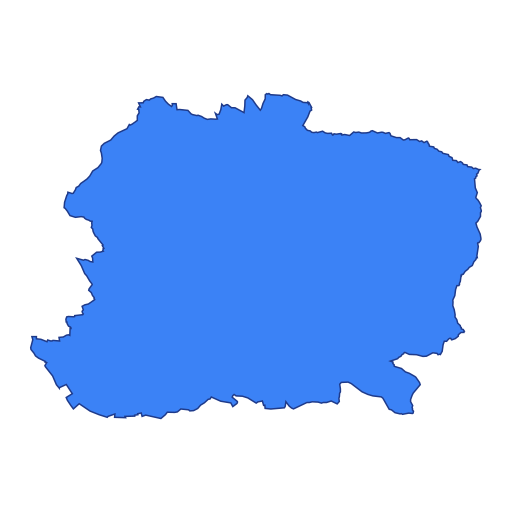 outline of Ciucsangeorgiu, Harghita, Romania
{"feature_id": "2599482B775489854413", "entity_name": "Ciucsangeorgiu", "entity_type": "district", "adm_level": 2, "iso_a3": "ROU", "parent_name": "Romania", "parent_adm1": "Harghita", "projection": "mercator", "projection_center": [26.04, 46.348], "detail": "fine", "context": "isolated", "style": "filled", "palette": "blue", "viewbox_px": 512, "rotation_deg": 0, "n_neighbors": 0, "source": "geoboundaries", "source_scale": "gbopen_adm2", "svg_char_len": 5992}
<svg xmlns="http://www.w3.org/2000/svg" viewBox="0 0 512 512"><path d="M79.2,403.7L90.1,411.1L99.1,414.7L107.3,417.3L108.0,416.4L114.9,414.0L114.6,417.3L125.6,417.7L125.0,416.4L134.7,416.1L134.6,415.2L137.9,414.7L137.7,413.7L141.2,413.0L142.1,416.4L145.7,415.1L160.9,418.5L165.4,414.7L167.3,412.2L174.7,412.4L177.4,411.9L180.8,409.0L188.6,409.8L189.8,410.9L193.6,410.6L197.7,408.5L200.6,405.1L204.4,402.8L208.2,399.3L210.0,399.0L211.3,397.0L220.7,401.2L230.8,402.9L232.8,406.6L236.8,403.6L237.4,402.7L237.4,401.5L232.2,397.2L232.8,395.6L234.1,394.5L236.1,395.9L242.4,396.2L247.8,397.9L256.2,403.1L257.9,401.9L262.4,401.0L263.6,405.4L264.8,405.2L265.1,408.4L270.8,409.0L284.4,407.8L285.2,406.4L285.9,401.7L289.1,406.0L291.5,408.0L293.5,408.9L306.9,402.5L309.4,402.5L312.2,401.8L318.2,402.1L321.4,403.1L323.3,402.5L326.5,402.5L331.2,401.0L337.2,403.9L339.3,401.5L338.9,398.4L339.4,396.5L339.6,393.3L340.4,391.9L340.4,388.9L339.7,384.2L341.3,382.4L348.1,382.1L351.3,383.6L362.0,391.8L367.8,394.4L372.9,395.9L381.3,396.9L382.9,398.2L389.2,409.3L391.4,409.8L395.0,412.7L400.1,413.9L401.2,413.6L402.5,414.3L408.8,413.1L412.5,413.5L413.1,413.1L413.5,411.2L412.4,409.9L412.6,409.0L412.1,407.4L412.7,405.6L410.6,401.7L410.6,399.5L412.1,395.3L413.2,393.1L420.2,384.7L419.5,382.5L415.8,377.2L414.9,376.5L409.3,373.3L405.4,371.9L401.5,368.5L394.8,366.5L394.1,366.0L394.2,364.9L392.9,363.5L393.0,362.1L390.4,361.1L397.6,358.7L398.8,357.3L400.9,356.3L402.1,354.5L403.6,353.8L404.2,352.6L404.9,352.4L409.3,354.4L416.6,354.7L422.9,356.4L426.4,356.2L432.8,352.8L437.1,353.4L438.0,354.7L439.9,354.2L440.4,354.5L442.2,351.3L443.1,344.7L444.3,341.2L446.6,341.3L448.7,338.9L449.8,338.3L450.8,338.4L451.5,339.8L451.9,339.8L455.3,338.6L458.3,336.2L458.3,334.8L460.9,332.5L463.9,332.4L463.8,331.8L464.4,331.3L463.2,329.5L461.3,328.9L461.3,327.6L460.6,327.0L460.2,325.5L457.7,323.2L456.8,319.7L455.0,317.0L455.1,314.6L454.2,309.6L452.8,305.7L453.0,302.1L452.8,300.0L454.8,295.7L455.6,289.5L456.9,285.6L458.8,285.6L459.5,284.6L459.4,283.4L460.3,281.4L461.0,276.1L461.2,276.4L462.0,274.4L463.3,274.2L465.1,271.4L467.8,269.3L469.2,267.4L472.3,265.5L473.9,261.7L475.9,259.5L476.4,257.7L477.3,257.7L476.9,255.8L478.3,246.4L477.6,243.3L478.0,242.7L478.9,242.7L480.3,240.9L480.9,239.6L480.9,238.2L480.2,234.1L477.0,227.0L475.9,223.1L477.7,221.4L480.5,216.4L480.5,212.6L481.2,211.7L481.3,210.6L480.4,207.6L481.2,205.8L479.5,202.5L477.8,199.9L476.4,198.6L475.8,197.4L477.3,192.6L475.3,187.9L474.5,178.8L475.7,178.1L475.9,176.5L477.0,175.9L476.6,174.1L477.9,173.2L479.0,170.3L479.8,169.6L478.5,169.5L475.7,168.2L473.3,168.6L471.7,167.1L467.6,166.6L467.0,164.9L463.3,164.4L462.4,162.9L460.6,161.6L457.9,162.5L456.4,160.6L452.8,160.3L452.0,157.6L449.1,156.4L448.4,154.6L442.8,153.3L441.7,151.8L438.9,151.2L437.0,149.2L434.4,148.4L433.7,146.9L429.4,146.2L429.0,144.2L428.2,143.6L427.9,142.3L426.9,141.2L424.0,142.6L421.7,140.9L419.6,141.5L416.6,139.6L409.7,139.7L409.0,138.3L408.3,138.0L404.9,139.8L403.3,140.0L400.1,137.6L396.4,137.6L390.9,135.8L390.0,133.4L389.0,132.6L385.4,133.4L382.9,132.3L381.4,132.2L377.5,133.0L372.4,130.7L370.9,131.1L369.6,132.3L366.3,132.9L361.6,133.0L358.8,132.1L355.7,132.5L353.7,132.0L349.6,135.5L344.7,134.5L341.8,135.0L341.2,134.3L341.5,133.8L340.8,133.5L336.3,134.2L334.0,133.8L333.4,134.8L332.5,135.0L331.5,133.2L327.6,133.4L325.2,132.9L322.6,131.2L317.4,132.6L316.4,132.1L313.9,132.6L311.7,132.3L310.2,130.9L307.3,130.3L306.4,129.1L305.6,128.7L304.7,126.7L302.8,125.6L307.8,116.9L310.0,111.1L311.6,110.1L311.2,107.6L311.6,107.4L309.0,102.6L308.0,102.0L308.1,103.3L307.7,102.7L303.0,102.4L300.7,101.0L295.6,99.5L287.5,95.1L283.4,94.7L282.0,95.9L280.1,95.3L270.5,94.7L268.9,93.5L267.8,94.1L266.8,93.6L265.3,94.7L265.2,98.9L263.0,103.5L261.5,108.4L260.3,110.2L256.0,104.8L252.5,99.7L247.8,95.8L247.3,97.4L245.0,100.1L244.8,106.0L244.0,112.6L235.1,107.8L231.4,107.7L227.7,104.7L226.4,104.7L223.6,106.1L221.8,104.2L220.8,109.7L219.1,114.2L217.1,114.6L215.4,113.3L217.4,119.0L215.5,119.2L210.8,118.9L207.3,119.4L204.1,118.1L201.6,116.5L198.0,115.2L197.0,115.6L192.6,114.6L191.1,113.9L187.9,110.4L179.6,109.5L177.0,109.7L176.1,103.7L172.2,103.7L172.4,105.2L171.6,106.5L168.4,104.2L165.5,101.2L162.9,97.4L156.3,96.5L153.5,98.1L150.7,98.9L149.3,100.1L146.4,99.6L143.8,101.3L143.2,102.8L138.6,102.9L140.4,106.9L138.9,106.8L137.6,109.2L138.7,109.4L139.1,112.8L137.3,115.8L137.3,120.4L132.2,124.1L130.1,125.1L129.3,124.5L127.0,128.7L118.0,132.9L114.2,136.0L110.7,140.1L104.3,143.3L101.4,146.1L100.5,150.4L101.4,153.1L102.2,158.4L101.8,162.4L101.3,163.5L98.0,167.6L92.7,171.0L89.8,176.0L86.9,179.1L80.7,183.5L78.7,186.2L76.2,187.5L75.4,189.8L73.2,193.3L72.0,193.5L67.9,192.2L67.7,194.0L66.8,195.4L64.6,202.2L64.1,207.7L65.1,208.3L67.3,211.1L70.0,215.6L75.4,217.3L81.2,216.6L83.9,217.1L84.6,218.2L86.3,219.4L88.9,220.2L90.2,221.1L92.1,221.3L91.7,223.0L92.0,225.3L91.3,227.5L92.7,228.9L93.1,231.4L93.7,232.8L95.3,235.9L97.5,237.5L97.9,238.7L103.0,245.0L102.3,245.6L103.9,248.4L103.0,248.9L103.2,249.6L102.7,250.7L103.2,251.2L100.3,252.1L96.6,252.2L91.8,256.1L92.6,258.1L92.8,262.0L90.0,261.5L88.3,260.4L85.0,259.5L83.5,260.2L76.7,258.3L81.3,265.7L84.7,273.6L86.7,275.8L89.6,280.8L91.9,283.8L92.2,284.6L89.1,288.8L88.7,290.3L91.3,292.6L92.5,295.5L94.2,297.6L94.0,298.3L94.7,299.6L88.4,304.0L84.9,304.8L82.1,306.3L83.3,309.8L82.1,311.3L82.5,312.9L83.3,313.9L82.7,314.7L74.7,315.6L74.6,316.6L73.8,316.8L68.3,316.5L66.7,316.9L65.9,319.2L66.2,322.0L66.9,322.0L67.1,323.6L68.5,326.1L70.5,327.1L71.0,328.0L71.0,328.5L70.1,328.4L69.8,335.4L68.4,334.8L66.4,335.2L63.3,337.0L59.0,337.4L59.6,341.0L52.9,340.4L52.5,340.8L50.8,341.0L47.7,340.0L47.0,341.7L40.9,339.3L36.4,338.8L36.4,336.6L31.9,336.6L32.8,339.7L30.7,347.7L31.0,349.5L34.0,353.2L35.5,355.9L38.5,358.1L45.3,361.4L45.0,362.0L46.7,362.6L44.9,365.6L45.3,366.6L52.6,375.9L56.4,384.7L59.3,388.2L59.3,387.7L61.2,386.8L66.3,384.5L66.5,384.8L72.3,393.7L66.2,397.5L67.4,400.3L71.0,405.7L73.4,408.9L79.2,403.7Z" fill="#3b82f6" stroke="#1e3a8a" stroke-width="1.5"/></svg>